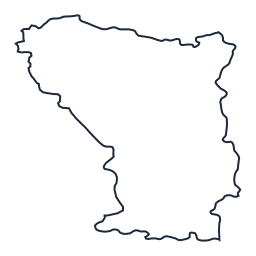 Stowbtsy, Minsk, Belarus
{"feature_id": "67162791B19818766020383", "entity_name": "Stowbtsy", "entity_type": "district", "adm_level": 2, "iso_a3": "BLR", "parent_name": "Belarus", "parent_adm1": "Minsk", "projection": "robinson", "projection_center": [26.677, 53.605], "detail": "fine", "context": "isolated", "style": "outline", "palette": "slate", "viewbox_px": 256, "rotation_deg": 0, "n_neighbors": 0, "source": "geoboundaries", "source_scale": "gbopen_adm2", "svg_char_len": 4449}
<svg xmlns="http://www.w3.org/2000/svg" viewBox="0 0 256 256"><path d="M218.4,32.2L217.3,32.7L214.9,33.2L212.7,34.0L209.5,35.1L206.6,35.1L204.6,35.8L202.3,36.5L200.2,36.8L198.2,37.0L196.3,37.8L195.9,39.4L196.4,41.3L197.8,42.1L199.2,42.6L199.2,43.8L198.3,45.1L196.2,46.4L195.0,47.0L193.6,46.9L193.2,45.7L192.6,44.8L190.7,44.5L189.5,44.5L187.5,44.6L186.1,44.6L184.8,44.8L183.1,45.0L181.5,45.0L180.3,44.1L180.0,42.6L179.7,40.1L179.1,39.3L177.2,38.9L174.9,39.4L172.1,40.3L170.2,40.6L169.0,40.3L167.0,39.7L164.8,39.6L163.7,40.2L162.1,40.9L161.0,40.8L158.4,40.2L156.5,39.6L154.2,38.8L151.4,37.8L148.1,37.2L145.3,36.7L142.4,36.3L139.9,35.9L138.5,35.7L136.5,33.7L135.9,32.6L135.0,31.1L132.9,30.1L128.7,29.3L127.1,29.3L122.5,29.4L120.0,29.3L118.3,28.8L115.0,27.3L112.7,27.4L110.7,27.9L108.4,28.6L106.7,29.1L104.3,29.3L102.4,29.1L100.0,28.3L97.1,27.2L93.3,25.7L91.3,24.8L89.0,23.9L87.2,23.1L84.5,22.2L82.5,21.5L81.0,20.7L79.6,19.1L79.6,17.3L79.6,16.2L78.5,15.4L76.8,15.4L74.3,15.9L71.0,16.3L69.2,16.4L65.8,16.5L63.0,16.8L63.0,17.0L59.1,18.3L56.5,18.5L52.9,18.5L50.4,19.1L48.2,20.8L46.3,22.8L44.2,24.2L40.5,27.8L38.4,28.3L35.8,26.2L31.5,25.4L29.7,27.7L29.1,29.0L27.0,29.0L24.0,29.0L21.5,30.8L23.2,32.3L23.4,35.0L23.4,38.3L23.9,41.1L18.0,42.4L15.8,43.6L17.3,45.2L17.9,45.9L18.5,49.0L17.7,51.5L21.7,52.5L24.2,52.1L28.5,52.1L31.0,53.1L31.5,55.8L29.3,57.6L29.1,59.1L28.5,61.6L30.4,63.6L30.4,66.5L28.5,68.0L29.3,71.7L31.5,76.2L33.6,78.5L36.9,83.1L38.8,83.9L39.1,86.8L39.9,89.7L42.9,92.2L46.9,93.0L52.9,94.0L57.8,94.2L60.3,96.3L60.0,98.8L60.0,101.0L58.1,103.1L59.2,106.0L60.0,106.5L62.7,107.9L64.9,107.9L69.0,108.3L71.4,112.8L76.3,118.6L80.9,123.2L85.3,127.4L89.6,132.3L94.0,136.9L98.3,141.4L100.9,143.7L103.4,145.7L106.2,146.6L109.5,146.6L112.4,147.1L113.5,149.3L113.5,151.1L113.3,154.4L113.7,156.6L112.4,157.9L109.5,160.3L106.3,162.7L104.6,164.9L103.7,167.1L104.6,168.9L106.7,169.3L110.0,170.1L112.4,171.1L114.5,172.8L115.6,173.9L116.8,177.0L117.0,178.9L116.4,183.3L114.9,185.6L114.5,188.2L114.8,191.3L115.7,194.5L116.2,197.0L119.6,202.2L123.0,206.8L123.0,210.4L117.4,213.3L106.8,215.6L104.6,215.5L104.8,217.8L103.3,219.9L102.5,221.3L100.6,221.9L98.5,222.7L96.7,223.8L94.9,225.6L95.7,228.6L97.0,229.9L99.1,230.8L103.3,231.6L106.3,231.6L109.1,231.2L111.0,230.6L112.9,229.5L115.4,229.5L117.6,229.9L119.2,231.4L119.9,232.5L122.8,233.7L124.7,233.9L127.1,233.8L130.0,233.3L131.9,232.2L133.3,231.1L135.8,230.3L137.4,230.4L141.2,231.6L143.3,231.4L145.3,231.4L146.8,232.1L148.7,233.7L148.7,234.8L147.3,235.8L145.3,237.0L146.0,238.6L148.6,239.0L151.5,238.4L153.0,238.4L155.9,238.4L157.9,239.0L159.9,239.2L161.1,238.8L163.1,237.6L163.9,236.8L166.4,236.2L170.4,236.9L173.2,237.8L175.6,238.4L178.0,239.8L180.7,240.2L183.5,239.6L185.5,239.1L188.1,238.3L189.6,237.2L189.7,235.6L189.6,234.0L190.2,232.9L190.9,232.6L193.3,232.8L194.9,233.2L195.7,234.1L196.4,235.9L196.7,237.5L197.1,238.6L198.3,239.7L201.7,240.6L203.9,240.6L207.7,240.4L209.8,239.9L211.4,239.2L213.4,238.6L216.2,238.7L218.9,239.4L219.4,239.8L219.3,237.0L219.0,230.8L219.1,227.5L219.4,222.9L220.1,220.7L220.0,218.7L220.0,218.3L219.5,216.5L218.5,215.5L216.8,214.8L214.0,214.3L211.7,213.9L210.5,212.5L210.7,211.3L211.8,210.5L213.6,209.7L214.6,208.6L215.4,206.3L215.4,205.1L216.0,203.2L218.4,201.2L221.6,199.8L223.3,198.5L223.9,197.5L224.8,196.2L227.2,195.3L229.8,195.2L231.7,195.6L233.4,196.5L236.2,196.8L238.5,195.8L237.8,194.0L238.0,192.7L239.2,191.4L240.2,189.8L239.3,188.5L237.5,186.6L235.2,185.0L234.5,182.7L234.2,180.2L234.5,176.4L235.3,173.3L236.5,171.0L237.8,169.4L237.9,167.8L238.7,161.0L239.2,158.0L238.3,155.7L237.0,153.8L235.5,151.9L234.3,150.6L233.9,148.0L233.4,144.9L232.3,142.7L230.6,141.7L228.2,142.0L226.2,142.1L224.4,141.5L223.0,140.3L222.9,138.8L224.2,137.3L225.2,136.3L225.9,134.9L226.3,131.6L227.0,124.7L226.8,118.9L226.2,117.3L224.4,115.8L223.3,114.6L222.3,112.9L221.8,110.9L221.3,108.5L220.9,105.7L220.8,104.1L220.2,102.2L221.0,99.4L222.2,98.1L224.1,97.1L225.5,96.1L226.5,94.6L226.8,92.9L225.2,91.1L222.9,89.7L220.9,88.7L218.3,86.2L216.5,84.2L215.5,82.4L216.1,80.9L217.7,79.5L219.1,78.4L219.6,77.5L220.4,74.5L221.1,72.1L222.1,69.7L223.8,67.6L226.6,65.6L228.3,64.5L229.5,62.9L229.9,61.4L230.4,59.8L231.2,58.3L232.0,56.3L232.8,54.5L232.9,53.1L232.7,51.6L233.6,49.9L234.7,48.8L235.4,47.6L235.3,45.9L234.4,45.2L233.3,44.4L231.5,44.1L230.3,44.0L228.1,43.6L225.7,42.8L224.2,41.8L223.0,40.5L223.0,37.8L222.2,35.5L221.6,34.7L220.2,33.5L218.4,32.2Z" fill="none" stroke="#1e293b" stroke-width="2"/></svg>